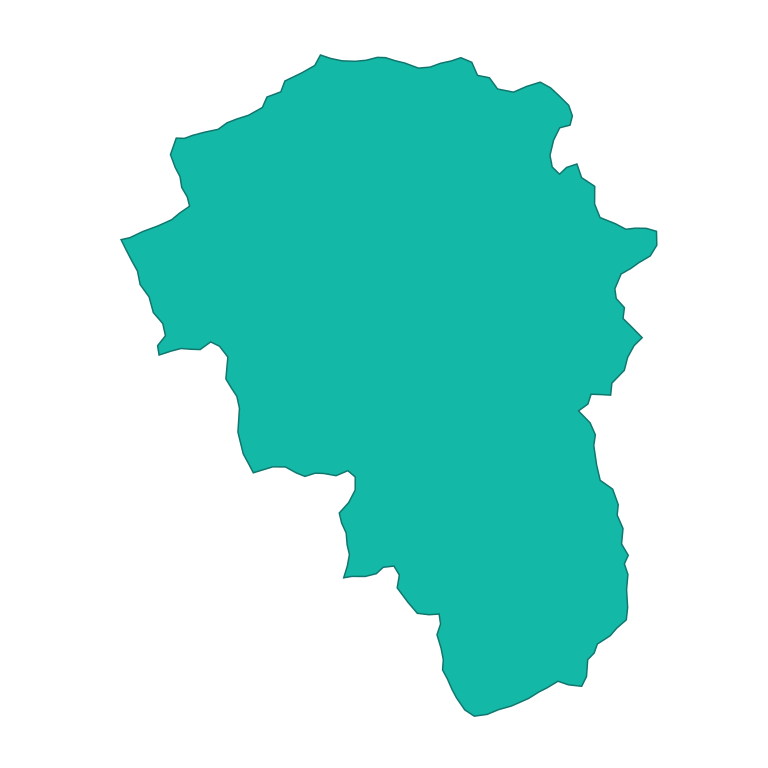 Lagoinha, São Paulo, Brazil, rotated 2°
{"feature_id": "56859067B91717360167872", "entity_name": "Lagoinha", "entity_type": "district", "adm_level": 2, "iso_a3": "BRA", "parent_name": "Brazil", "parent_adm1": "São Paulo", "projection": "robinson", "projection_center": [-45.208, -23.098], "detail": "fine", "context": "isolated", "style": "filled", "palette": "teal", "viewbox_px": 768, "rotation_deg": 2, "n_neighbors": 0, "source": "geoboundaries", "source_scale": "gbopen_adm2", "svg_char_len": 2372}
<svg xmlns="http://www.w3.org/2000/svg" viewBox="0 0 768 768"><g transform="rotate(2 384 384)"><path d="M274.4,84.6L270.7,95.6L257.0,101.3L252.8,111.9L239.1,120.2L228.4,124.0L218.1,128.4L209.3,135.3L196.3,138.5L184.3,142.1L176.0,145.5L167.8,145.5L162.6,162.2L167.8,174.9L172.9,183.9L175.0,194.6L180.9,204.0L183.5,213.1L173.8,220.3L166.1,227.2L152.8,233.8L137.7,240.0L124.8,246.7L116.2,248.9L120.8,257.5L127.8,270.0L133.7,279.8L136.8,293.1L146.2,305.2L151.0,320.7L160.8,331.3L163.9,343.4L156.4,353.6L158.2,362.9L169.6,358.7L180.0,355.6L189.7,356.0L199.1,356.0L209.3,348.0L218.3,352.0L227.0,362.5L225.8,384.4L231.5,393.2L237.4,401.5L240.4,413.4L240.0,426.8L239.7,437.1L242.3,446.5L245.8,458.8L252.0,469.3L256.5,477.3L275.6,470.7L288.3,470.3L299.4,475.9L308.2,479.1L318.4,475.5L326.9,475.5L339.3,477.3L350.9,471.9L358.5,477.9L358.9,491.0L352.8,503.8L343.8,514.5L346.5,524.4L351.4,534.2L352.8,546.1L355.4,555.7L353.7,567.2L350.5,579.1L358.5,577.4L371.9,577.0L383.0,573.8L389.6,567.2L400.3,565.6L406.0,574.4L404.3,587.3L415.6,601.4L425.3,612.0L436.9,613.0L447.1,612.0L448.9,621.9L445.7,632.7L450.3,646.2L452.9,657.5L452.5,667.7L457.7,676.6L462.7,687.0L467.4,695.1L476.1,706.9L485.8,712.8L498.6,710.6L509.7,705.5L522.7,701.3L539.6,693.1L549.5,686.4L557.8,681.8L568.2,675.0L578.8,678.2L592.1,679.2L596.6,669.3L597.2,652.4L603.4,645.6L606.3,636.4L618.8,627.7L625.1,619.9L634.4,611.2L635.3,598.8L633.6,581.1L634.4,565.8L630.5,555.3L634.1,546.7L627.0,535.6L627.9,520.1L621.6,506.9L622.3,496.4L616.2,481.1L603.4,472.7L599.3,457.4L595.8,438.1L597.0,427.4L591.3,415.6L579.3,404.1L588.5,396.9L591.3,387.0L601.9,387.0L610.9,387.2L611.7,375.2L623.7,361.9L626.5,349.0L632.6,336.9L640.4,328.7L629.1,318.0L620.6,310.2L621.6,299.3L613.1,290.5L611.4,280.8L617.1,265.8L626.9,259.7L634.1,254.1L645.6,246.7L651.8,235.8L651.0,221.9L640.7,219.3L629.6,219.5L620.3,220.9L610.0,215.9L594.1,210.1L588.2,196.8L587.7,179.1L574.3,170.9L569.1,157.4L558.9,161.2L552.1,168.2L544.5,161.2L541.9,149.7L545.0,134.3L550.7,121.8L560.9,118.8L562.9,109.5L558.9,99.1L549.5,90.4L540.1,82.2L529.6,76.9L516.2,81.6L503.2,87.8L487.2,85.2L478.7,74.3L466.7,72.3L460.5,59.4L449.4,55.2L440.0,58.8L429.3,61.5L419.0,65.7L407.4,67.1L393.5,62.5L383.8,60.5L374.1,57.8L366.0,57.8L354.8,61.1L344.1,62.5L330.9,62.5L319.3,60.5L309.0,57.4L303.7,68.1L290.3,76.3L274.4,84.6Z" fill="#14b8a6" stroke="#0f766e" stroke-width="1.5"/></g></svg>